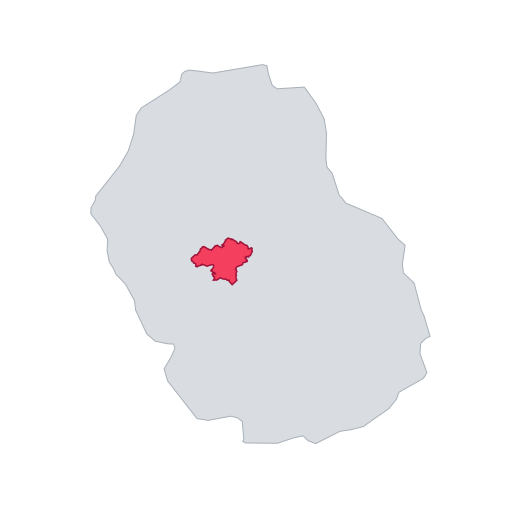 location of Veles, Veles, North Macedonia, rotated 257°
{"feature_id": "65306769B79358437937603", "entity_name": "Veles", "entity_type": "district", "adm_level": 2, "iso_a3": "MKD", "parent_name": "North Macedonia", "parent_adm1": "Veles", "projection": "equal_earth", "projection_center": [21.761, 41.766], "detail": "fine", "context": "in_parent", "style": "filled", "palette": "rose", "viewbox_px": 512, "rotation_deg": 257, "n_neighbors": 0, "source": "geoboundaries", "source_scale": "gbopen_adm2", "svg_char_len": 2713}
<svg xmlns="http://www.w3.org/2000/svg" viewBox="0 0 512 512"><g transform="rotate(257 256 256)"><path d="M231.0,126.6L239.5,127.6L258.0,122.5L269.5,115.5L275.4,114.4L283.2,111.7L294.4,112.1L305.8,115.2L320.2,111.1L334.4,104.5L340.1,106.1L346.3,111.8L350.4,113.3L374.1,143.0L387.0,155.1L402.3,164.2L419.8,170.9L426.0,177.3L437.3,209.1L442.7,221.1L450.1,224.7L451.9,228.2L452.2,232.8L444.0,255.2L441.0,305.4L438.9,309.4L430.2,309.1L418.6,310.2L414.2,314.1L409.7,341.1L391.0,348.9L374.1,353.3L359.8,352.3L334.7,345.9L326.5,345.2L319.5,348.8L297.1,350.7L287.3,355.5L264.2,387.2L240.7,398.1L232.8,403.7L214.9,396.7L206.3,395.9L193.9,404.0L166.7,404.8L159.4,406.3L138.4,407.5L137.6,403.1L133.7,396.8L124.0,393.8L104.0,396.3L99.2,391.7L91.1,364.7L84.7,360.4L77.6,351.4L65.7,322.2L65.4,309.4L66.3,298.3L59.8,272.1L64.0,265.5L70.2,261.4L70.3,250.9L68.7,234.9L76.2,203.6L78.3,201.4L80.1,202.9L98.0,205.4L102.6,201.4L105.6,195.2L106.6,172.4L110.9,161.9L154.1,141.8L166.7,141.1L176.4,150.3L184.1,156.2L188.7,156.0L190.4,150.0L195.7,138.6L204.5,132.1L230.7,126.5L231.0,126.6Z" fill="#d9dde1" stroke="#a8b0b8" stroke-width="1"/><path d="M268.2,192.4L265.7,192.2L265.2,193.0L263.0,193.8L262.3,195.3L260.8,195.5L259.7,194.9L258.7,196.2L259.2,197.3L259.4,200.6L259.8,200.5L260.2,201.5L259.3,202.4L259.0,203.6L257.1,205.8L257.5,210.9L257.5,211.6L256.7,212.5L254.3,212.0L252.2,208.9L251.6,208.8L251.5,209.7L250.8,209.6L250.1,210.0L249.2,211.9L247.8,212.4L248.0,211.6L249.0,210.6L248.1,209.2L247.4,209.7L245.9,209.7L245.4,210.5L244.5,210.4L243.8,210.8L242.1,209.1L241.4,212.4L242.9,216.5L241.2,218.3L240.0,221.8L238.8,222.5L238.4,224.3L237.3,224.2L233.4,226.3L236.7,231.9L239.9,231.5L241.6,232.6L243.2,232.3L245.3,233.9L247.4,233.0L247.5,233.7L248.8,233.6L249.8,235.1L250.6,240.9L252.5,242.0L252.3,244.6L252.9,245.4L252.7,246.1L253.6,246.4L254.2,245.8L254.8,246.2L255.6,245.3L257.2,245.2L257.0,246.5L257.5,246.7L257.2,247.0L257.3,248.3L256.8,248.6L257.5,249.0L257.7,250.6L261.5,253.5L262.3,253.2L264.3,253.9L265.0,253.5L264.5,250.5L264.8,249.9L265.3,250.2L266.9,250.1L268.4,249.5L269.2,247.9L273.5,244.0L273.6,243.7L272.3,243.2L271.9,242.2L272.4,240.6L273.0,240.8L273.9,240.3L275.1,239.5L275.9,238.2L277.1,237.6L277.4,236.4L277.9,236.2L277.6,235.6L278.1,235.4L279.7,233.0L279.4,231.8L278.2,230.1L278.2,229.7L277.7,229.8L274.8,226.7L274.3,226.7L274.4,225.2L272.9,225.7L273.7,226.7L273.1,227.1L271.9,224.4L274.0,221.6L275.1,220.9L274.7,220.2L275.1,219.8L275.0,218.4L271.7,214.0L272.3,213.7L272.6,212.0L273.6,211.1L273.7,210.4L274.9,209.6L276.7,207.6L276.5,207.3L277.0,206.8L276.8,205.6L275.7,204.5L275.4,203.5L272.7,202.1L272.6,201.4L270.3,198.8L270.8,196.9L268.2,192.4Z" fill="#f43f5e" stroke="#9f1239" stroke-width="1.5"/></g></svg>